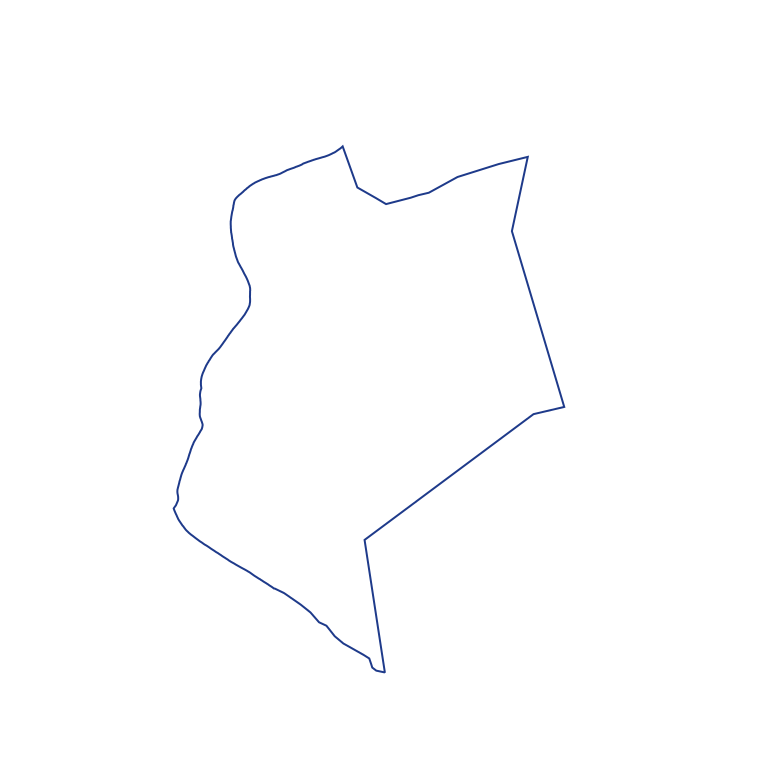 Grande Riviere/Morne Caca Cochon, Dennery, Saint Lucia, rotated 326°
{"feature_id": "8701671B52865399345725", "entity_name": "Grande Riviere/Morne Caca Cochon", "entity_type": "district", "adm_level": 2, "iso_a3": "LCA", "parent_name": "Saint Lucia", "parent_adm1": "Dennery", "projection": "albers", "projection_center": [-60.939, 13.929], "detail": "fine", "context": "isolated", "style": "outline", "palette": "blue", "viewbox_px": 768, "rotation_deg": 326, "n_neighbors": 0, "source": "geoboundaries", "source_scale": "gbopen_adm2", "svg_char_len": 6166}
<svg xmlns="http://www.w3.org/2000/svg" viewBox="0 0 768 768"><g transform="rotate(326 384 384)"><path d="M630.2,276.1L602.1,265.8L560.7,253.5L528.1,250.5L518.1,246.7L510.3,244.5L486.3,236.0L481.3,225.4L471.8,206.2L482.6,163.9L481.9,164.0L481.3,164.1L479.6,164.3L478.2,164.3L473.1,164.4L472.2,164.3L470.5,164.0L469.4,163.9L467.5,163.6L466.2,163.4L464.5,163.0L462.1,162.4L461.5,162.2L460.9,162.0L459.5,161.5L458.8,161.3L456.6,160.6L453.0,159.4L451.8,159.1L451.0,158.8L450.0,158.6L449.1,158.3L448.5,158.2L447.1,157.8L446.3,157.6L445.3,157.3L443.9,157.0L443.1,156.8L442.4,156.6L441.4,156.4L440.5,156.1L439.6,156.1L438.5,156.1L435.7,155.6L434.6,155.3L433.6,155.1L432.7,154.8L430.9,154.5L430.0,154.3L426.8,153.4L424.3,152.8L423.7,152.6L422.5,152.4L421.9,152.4L421.0,152.3L418.8,152.0L418.1,151.9L416.2,151.7L415.5,151.6L414.7,151.4L413.8,151.2L413.2,151.0L411.9,150.7L411.2,150.5L410.6,150.2L409.5,149.9L408.7,149.6L407.2,149.1L406.5,148.8L405.7,148.6L403.8,147.9L402.4,147.5L400.7,147.0L399.8,146.8L399.0,146.6L397.0,146.1L396.1,146.0L395.4,145.8L394.4,145.7L393.5,145.5L390.3,145.0L389.5,144.9L388.2,144.9L387.3,144.8L385.9,144.8L384.8,144.8L383.9,144.8L383.0,144.8L382.0,145.0L379.6,145.1L378.9,145.3L377.8,145.4L377.2,145.4L376.5,145.5L375.3,145.7L374.6,145.9L373.9,145.9L372.8,146.1L371.8,146.2L371.0,146.3L370.3,146.3L369.3,146.4L368.4,146.6L367.5,146.7L364.9,147.3L363.5,147.9L362.7,148.3L361.9,149.0L360.8,150.0L360.4,150.5L359.8,151.1L359.1,151.7L358.6,152.2L358.2,152.8L357.5,153.5L356.8,154.2L355.6,155.4L354.9,155.9L353.7,157.1L351.7,159.2L351.2,159.7L350.0,161.1L349.0,162.2L348.4,162.9L347.9,163.4L347.3,164.3L346.8,165.0L346.2,165.9L345.0,167.9L344.3,168.9L343.6,170.2L343.1,171.0L342.4,172.3L342.0,172.9L341.8,173.6L341.5,174.2L340.8,175.8L340.4,176.5L340.1,177.2L339.8,177.8L339.4,178.4L338.7,180.2L338.2,181.2L337.9,181.9L337.5,182.8L337.0,183.6L336.7,184.2L336.3,185.1L336.0,185.8L335.8,186.4L335.1,188.4L334.8,189.1L334.5,190.1L334.1,191.1L333.9,191.8L333.1,194.0L332.6,195.4L332.4,196.2L331.6,199.5L331.2,201.0L331.1,201.8L331.0,202.6L331.0,203.4L330.9,204.0L330.8,205.3L330.7,206.2L330.6,207.0L330.6,207.9L330.5,208.7L330.4,210.0L330.3,211.0L329.9,213.9L329.8,214.7L329.6,217.1L329.5,218.1L329.4,218.7L329.3,219.4L329.1,220.6L328.7,222.7L328.5,223.5L328.3,224.2L328.1,225.1L327.9,225.9L327.7,226.8L327.5,227.6L327.1,228.4L326.6,229.7L326.0,230.6L325.5,231.5L324.9,232.1L324.4,232.9L323.8,233.7L323.2,234.6L322.7,235.3L321.6,236.8L320.8,238.2L320.3,239.0L319.2,240.6L318.3,241.7L317.6,242.4L317.2,242.9L316.6,243.5L315.9,244.0L314.5,244.9L313.8,245.3L313.0,245.8L311.3,246.6L310.1,247.2L309.5,247.5L308.8,247.8L308.2,248.1L307.6,248.4L306.9,248.7L305.9,249.0L305.1,249.3L304.2,249.6L303.4,249.9L302.8,250.1L301.8,250.4L301.1,250.6L300.1,251.0L296.8,252.0L296.2,252.2L295.3,252.5L293.0,253.1L291.6,253.5L290.5,253.8L289.8,253.9L289.3,254.2L288.3,254.5L287.5,254.8L286.4,255.2L285.8,255.4L285.2,255.7L284.4,255.9L283.8,256.1L282.4,256.7L281.4,257.0L280.4,257.5L278.8,258.1L277.3,258.7L275.7,259.3L274.8,259.6L273.3,260.2L271.7,260.8L270.8,261.1L268.9,261.8L268.3,262.0L267.5,262.2L266.6,262.5L266.0,262.6L265.1,262.8L263.5,263.1L261.0,263.6L260.4,263.8L259.4,263.9L258.6,264.1L258.0,264.3L257.2,264.6L256.0,265.1L254.8,265.6L252.7,266.6L251.7,266.9L250.5,267.6L249.9,267.8L249.2,268.1L248.7,268.4L247.4,269.0L246.8,269.3L245.9,269.9L245.2,270.3L244.4,270.8L243.6,271.3L242.4,272.1L241.6,272.6L240.4,273.3L239.7,273.8L239.0,274.3L238.5,274.7L237.0,275.9L236.5,276.4L235.1,277.8L234.5,278.5L233.4,279.8L232.9,280.6L232.3,281.5L231.8,282.2L231.1,283.6L230.6,284.6L230.2,285.4L229.3,286.1L228.6,286.6L227.9,287.2L227.2,287.9L226.5,288.7L225.6,289.7L224.8,290.9L224.5,291.5L223.7,293.1L223.3,293.9L222.7,294.8L221.9,296.3L221.4,297.1L221.0,297.7L220.5,298.4L219.8,299.2L219.1,299.9L218.7,300.4L217.8,301.4L216.9,302.4L216.3,303.3L215.3,304.7L214.8,305.3L214.0,306.5L213.2,308.0L212.6,310.1L212.5,310.8L212.2,311.7L212.0,312.6L211.8,313.5L211.5,314.5L211.3,315.2L211.1,315.8L210.7,316.6L209.3,318.1L208.5,318.8L207.6,319.5L206.7,319.9L205.8,320.3L205.0,320.6L204.3,321.1L203.5,321.4L202.1,322.1L200.6,322.7L199.8,323.0L198.9,323.5L194.7,325.5L194.1,325.8L193.2,326.3L192.3,327.0L191.1,327.7L189.6,328.7L188.4,329.6L187.7,330.0L187.2,330.4L186.4,331.1L184.1,332.9L183.6,333.2L182.4,334.2L180.1,336.1L179.4,336.6L178.9,337.0L176.7,338.5L175.9,339.1L175.1,339.5L174.4,340.1L172.6,341.2L170.4,342.6L169.8,342.9L168.9,343.5L167.5,344.4L166.9,344.8L166.2,345.3L165.0,346.2L164.2,346.9L163.7,347.3L162.9,348.0L162.4,348.4L161.8,349.0L161.3,349.4L160.1,350.3L159.1,351.3L158.2,352.1L157.3,352.9L155.6,354.4L154.9,355.0L154.2,355.7L153.6,356.2L153.1,356.9L152.5,357.7L152.2,358.2L151.7,359.1L151.3,360.0L151.0,360.8L150.3,362.3L149.8,363.1L149.3,363.9L148.7,364.7L148.0,365.4L143.7,368.2L140.1,369.5L139.8,370.4L139.4,372.2L138.8,375.4L138.6,377.0L138.4,377.8L138.1,379.8L137.9,380.7L137.9,381.4L137.8,382.3L137.8,383.7L137.8,388.8L138.0,389.7L138.0,391.6L138.1,392.2L138.1,393.3L138.2,394.3L138.4,395.4L138.8,397.1L138.9,397.8L139.1,398.6L139.4,399.6L139.8,401.0L140.5,402.9L141.6,406.3L142.8,409.7L143.0,410.3L143.3,411.2L143.6,411.9L143.9,412.6L144.3,413.5L145.2,416.0L145.6,417.0L146.0,417.7L146.3,418.4L146.7,419.2L147.8,421.9L148.3,423.3L149.0,425.0L149.3,425.7L150.0,427.3L150.8,429.4L151.8,431.4L152.0,432.0L152.6,433.5L153.1,434.6L153.4,435.5L154.0,437.0L154.3,437.7L155.2,439.7L155.5,440.5L156.2,442.0L156.5,442.9L156.7,443.5L157.1,444.4L157.8,446.0L159.5,449.3L160.0,450.5L160.3,451.1L160.6,451.7L161.4,453.3L162.7,455.9L163.0,456.5L164.1,458.6L164.7,459.7L165.0,460.3L165.9,462.1L166.3,462.9L166.5,463.5L167.0,464.4L167.4,465.3L167.7,466.1L168.5,468.3L169.1,469.9L169.4,470.7L170.3,472.7L170.6,473.4L171.3,475.1L172.1,476.6L172.4,477.6L172.7,478.1L173.7,480.6L174.9,483.2L175.4,484.4L175.7,485.0L176.2,486.4L176.5,487.2L176.8,487.8L177.8,490.2L178.4,492.0L179.0,492.4L184.3,501.6L191.6,520.4L195.3,532.3L196.9,545.2L201.1,552.2L202.1,565.6L205.2,576.4L215.7,597.4L218.3,603.3L216.7,609.2L215.7,612.5L217.3,617.3L223.0,623.2L223.6,623.2L280.7,502.4L491.1,492.6L520.6,503.8L575.5,328.8L630.2,276.1Z" fill="none" stroke="#1e3a8a" stroke-width="2"/></g></svg>